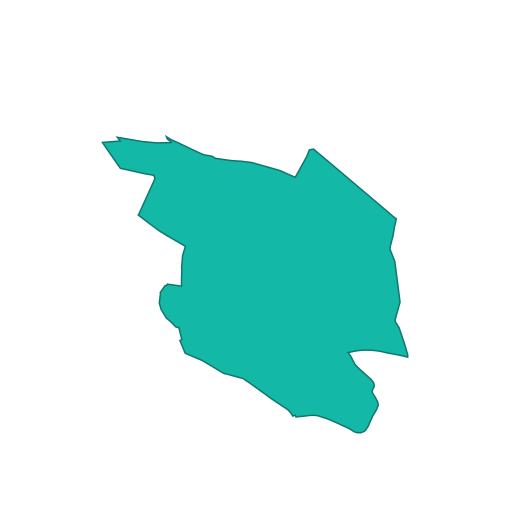 Viesīte, Viesites, Latvia, rotated 216°
{"feature_id": "27541924B78000218360511", "entity_name": "Viesīte", "entity_type": "district", "adm_level": 2, "iso_a3": "LVA", "parent_name": "Latvia", "parent_adm1": "Viesites", "projection": "equal_earth", "projection_center": [25.556, 56.345], "detail": "fine", "context": "isolated", "style": "filled", "palette": "teal", "viewbox_px": 512, "rotation_deg": 216, "n_neighbors": 0, "source": "geoboundaries", "source_scale": "gbopen_adm2", "svg_char_len": 2355}
<svg xmlns="http://www.w3.org/2000/svg" viewBox="0 0 512 512"><g transform="rotate(216 256 256)"><path d="M412.0,283.7L415.6,281.6L423.7,277.6L438.0,270.5L433.4,269.3L437.0,266.2L439.5,264.0L447.0,257.6L441.1,255.5L417.3,247.2L410.7,250.1L394.9,256.9L386.0,261.3L383.2,259.1L375.3,220.6L375.4,220.0L373.3,219.9L361.1,219.6L349.9,219.5L346.9,219.6L339.7,220.2L318.8,222.3L315.6,213.1L312.2,207.6L309.7,203.4L307.2,200.3L305.4,197.5L300.0,189.8L298.6,187.8L311.2,181.1L310.8,180.1L312.1,178.6L312.1,175.8L312.0,170.3L311.3,169.5L310.0,167.3L306.6,161.1L301.5,157.1L298.2,155.7L292.0,153.1L286.1,152.7L279.2,151.5L276.2,152.6L266.9,144.8L267.9,142.9L256.1,135.7L237.8,139.9L212.9,142.1L210.9,143.0L198.8,147.6L194.3,149.4L190.9,149.3L188.2,149.5L172.1,149.6L158.7,149.6L146.1,150.1L141.9,150.3L139.5,150.3L135.4,149.4L132.1,148.1L130.8,150.2L129.0,149.3L127.4,150.8L123.5,154.2L119.7,157.8L118.1,159.2L115.9,160.9L113.8,162.2L112.9,162.7L111.2,163.4L108.2,164.4L105.5,165.2L103.8,165.9L96.2,167.7L92.0,168.6L79.9,171.0L77.7,171.3L73.8,171.5L71.2,172.1L70.3,172.5L69.1,173.4L67.4,174.5L65.9,176.8L65.2,178.2L65.0,179.4L65.0,180.9L65.1,182.5L65.1,183.8L67.5,195.0L67.6,196.0L67.8,198.6L68.1,201.7L68.7,204.7L69.3,206.8L70.3,208.2L71.8,209.4L73.8,210.5L76.5,211.8L80.1,213.2L82.0,214.2L82.6,215.1L83.2,216.4L83.3,218.1L83.5,219.3L84.2,220.7L85.3,221.8L86.8,222.8L88.5,223.3L90.4,223.8L92.3,224.0L94.4,224.2L103.2,225.1L109.5,225.9L111.1,226.2L112.4,226.6L115.1,227.9L120.1,230.5L124.7,232.1L123.0,233.9L120.6,236.6L118.6,238.7L116.4,240.7L113.8,242.9L110.5,245.4L107.2,247.6L103.8,249.6L101.5,250.9L99.3,252.0L93.7,254.4L87.5,257.3L82.2,259.8L77.7,261.8L73.8,263.3L75.3,265.3L84.0,272.1L98.4,282.3L98.7,282.1L100.1,282.8L101.7,283.6L103.3,284.1L103.8,284.3L105.4,285.4L105.7,285.8L106.1,286.6L107.9,291.4L110.5,298.4L112.4,303.4L140.4,333.1L151.8,340.4L153.1,343.0L157.1,353.0L161.0,360.7L162.0,363.1L163.1,365.7L164.3,368.5L168.6,368.6L173.3,369.0L236.2,373.7L255.1,375.1L272.3,376.3L275.2,373.3L273.4,366.1L272.5,359.0L270.5,342.7L286.9,339.2L299.3,334.7L307.8,331.5L314.0,329.3L323.3,324.2L332.0,318.7L346.3,311.1L350.1,310.9L352.0,310.0L355.7,308.2L357.2,307.4L360.7,306.5L366.1,305.4L382.9,302.3L394.2,300.1L398.6,299.9L396.5,298.5L393.1,298.5L391.2,298.1L391.3,297.9L402.7,289.2L412.0,283.7Z" fill="#14b8a6" stroke="#0f766e" stroke-width="1.5"/></g></svg>